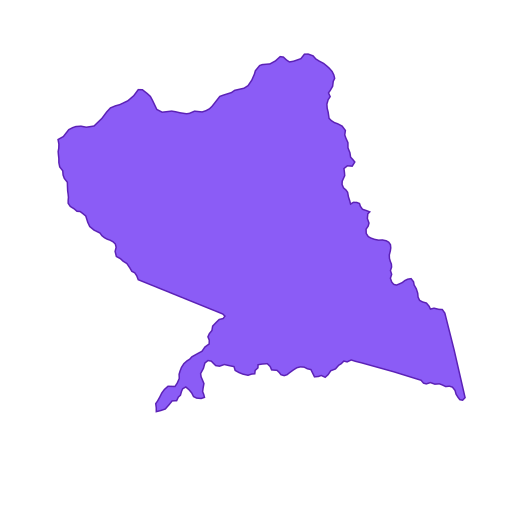 Novo Oriente, Ceará, Brazil, rotated 76°
{"feature_id": "56859067B35881063339483", "entity_name": "Novo Oriente", "entity_type": "district", "adm_level": 2, "iso_a3": "BRA", "parent_name": "Brazil", "parent_adm1": "Ceará", "projection": "albers", "projection_center": [-40.749, -5.598], "detail": "fine", "context": "isolated", "style": "filled", "palette": "violet", "viewbox_px": 512, "rotation_deg": 76, "n_neighbors": 0, "source": "geoboundaries", "source_scale": "gbopen_adm2", "svg_char_len": 3952}
<svg xmlns="http://www.w3.org/2000/svg" viewBox="0 0 512 512"><g transform="rotate(76 256 256)"><path d="M95.1,419.9L99.8,420.2L103.7,421.3L106.8,422.7L109.9,423.2L113.6,423.7L117.8,424.7L122.1,424.9L126.6,422.9L130.8,423.6L134.4,423.2L138.8,421.2L142.4,422.0L147.3,423.0L150.3,423.3L153.7,423.8L156.6,424.8L159.4,425.5L163.0,424.2L166.4,420.9L169.3,418.9L170.3,415.9L172.9,413.8L176.0,411.5L179.3,411.3L182.6,411.1L187.2,410.2L191.7,406.9L196.0,401.8L199.0,400.6L201.6,398.6L203.7,396.3L205.3,393.8L207.7,391.2L210.3,389.6L213.7,389.6L217.5,391.6L222.7,391.6L225.8,388.2L228.9,386.2L232.1,383.1L237.0,381.3L240.8,380.2L243.0,377.7L246.4,376.5L250.5,376.0L304.2,302.3L306.8,300.7L308.7,302.9L308.7,307.1L310.8,310.7L313.5,315.0L317.6,316.8L320.0,320.0L322.8,322.2L326.3,321.7L330.0,322.7L331.9,327.5L335.4,331.5L336.4,335.6L337.5,339.7L338.3,342.6L340.1,345.3L341.0,348.2L343.0,352.0L346.1,355.3L349.4,357.6L352.1,359.2L356.3,360.1L360.3,363.2L363.0,366.2L361.1,372.9L363.3,377.1L366.1,380.5L369.5,383.4L373.0,386.7L375.0,389.0L379.2,389.5L382.9,390.4L382.9,385.6L382.5,381.0L379.0,376.0L376.3,372.4L377.2,368.0L374.1,365.5L372.8,363.0L369.3,361.0L367.1,359.3L366.1,355.8L369.8,353.2L373.4,351.5L377.3,350.6L379.5,348.0L381.0,343.7L380.7,340.2L377.6,340.2L374.7,340.6L371.6,339.4L367.2,337.4L363.0,338.0L360.1,338.5L356.7,338.2L352.3,334.2L347.5,331.5L345.8,327.9L347.2,324.8L350.0,323.2L352.6,321.6L354.1,318.0L353.6,313.0L355.7,308.9L358.0,304.1L362.0,303.9L365.0,300.7L367.5,297.2L369.8,292.6L369.5,288.8L370.0,285.7L366.8,284.5L365.0,281.2L362.0,280.3L362.3,276.3L363.2,271.1L366.6,269.0L370.3,268.4L372.0,263.3L374.5,261.7L377.2,260.5L378.9,257.6L378.7,254.6L377.4,251.8L375.5,247.1L374.3,243.4L374.3,239.8L375.5,236.1L377.8,233.5L379.5,230.2L383.2,229.4L387.4,228.5L388.0,224.6L387.7,221.6L390.4,218.2L388.6,214.8L385.4,211.2L384.8,206.2L382.0,202.2L381.1,199.3L379.2,196.2L380.8,193.2L379.9,188.8L382.3,184.9L385.2,179.4L401.7,150.3L416.5,125.9L419.9,124.2L421.3,121.7L421.0,117.4L423.6,113.5L424.4,109.0L426.2,106.4L428.6,103.5L429.1,99.8L430.8,97.1L434.6,95.4L438.5,95.3L441.9,94.2L444.7,93.0L445.9,90.4L444.0,87.4L395.1,86.5L357.1,86.6L353.0,88.2L352.0,91.5L349.7,95.9L349.7,99.6L346.6,100.2L342.9,102.0L340.8,105.6L338.6,108.0L335.1,108.7L331.3,108.1L326.6,108.4L322.4,109.6L319.1,109.4L315.5,111.0L315.2,114.4L315.8,117.4L317.2,120.6L317.7,123.3L318.2,126.7L316.9,129.2L314.2,130.6L310.1,131.0L306.6,128.8L302.7,129.1L299.5,127.1L296.6,126.6L293.6,127.0L290.6,127.1L287.2,126.4L283.5,124.4L280.8,123.3L277.5,122.8L274.7,123.9L272.7,126.0L271.0,129.5L270.3,133.2L268.5,137.0L266.3,140.3L264.3,142.4L260.8,143.6L256.6,142.7L254.1,139.9L251.4,138.4L246.6,138.9L242.1,137.3L240.7,135.0L238.7,137.8L236.4,141.4L233.0,142.7L230.1,142.9L228.4,145.3L227.5,148.5L228.5,151.7L225.3,151.7L221.0,152.0L216.4,151.7L213.8,152.7L211.1,154.6L207.4,155.2L204.2,154.2L199.5,150.5L196.6,150.0L192.4,149.5L190.6,145.5L192.1,140.9L188.7,137.4L185.7,138.8L183.0,140.3L178.5,139.9L173.3,140.6L168.3,139.4L163.2,140.3L160.0,140.6L155.8,138.9L150.8,141.0L147.5,144.7L145.5,147.7L142.8,150.2L140.1,151.8L134.0,151.2L129.9,151.2L125.8,150.5L121.8,148.2L119.3,145.5L115.3,146.2L113.2,143.8L109.9,140.6L105.2,138.8L102.7,136.7L99.1,136.7L95.4,137.5L91.3,139.6L88.7,141.4L85.5,143.8L82.1,147.6L79.3,150.3L75.6,152.2L72.7,156.5L71.9,160.2L75.4,164.7L76.1,172.4L75.8,176.6L73.2,179.0L69.6,181.3L68.4,184.3L71.4,189.9L73.0,196.0L71.8,203.6L72.1,206.4L76.1,211.8L79.1,213.5L84.3,217.5L88.8,222.5L90.3,227.0L90.1,236.6L91.5,240.3L92.0,248.8L92.4,252.5L100.2,262.5L101.9,265.5L102.9,269.4L103.2,273.4L100.6,280.6L101.5,286.1L101.2,289.0L98.7,295.0L96.5,299.3L95.0,302.8L93.8,312.2L89.8,316.8L79.9,318.8L75.6,319.9L72.1,322.2L67.2,326.0L66.1,330.0L70.9,335.8L74.4,342.8L76.2,351.7L76.3,356.1L77.1,361.4L80.1,366.0L85.2,372.2L90.7,381.7L90.0,389.5L87.7,394.4L86.8,399.5L87.1,402.8L88.1,407.1L93.5,414.0L95.1,419.9Z" fill="#8b5cf6" stroke="#5b21b6" stroke-width="1.5"/></g></svg>